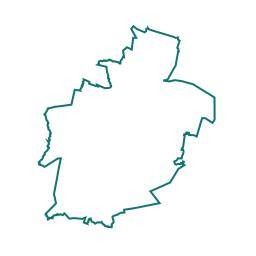 San Juan del Río, Durango, Mexico, rotated 188°
{"feature_id": "50627088B83051794831634", "entity_name": "San Juan del Río", "entity_type": "district", "adm_level": 2, "iso_a3": "MEX", "parent_name": "Mexico", "parent_adm1": "Durango", "projection": "robinson", "projection_center": [-104.386, 24.795], "detail": "fine", "context": "isolated", "style": "outline", "palette": "teal", "viewbox_px": 256, "rotation_deg": 188, "n_neighbors": 0, "source": "geoboundaries", "source_scale": "gbopen_adm2", "svg_char_len": 5705}
<svg xmlns="http://www.w3.org/2000/svg" viewBox="0 0 256 256"><g transform="rotate(188 128 128)"><path d="M95.1,224.5L119.9,228.3L121.2,228.8L122.3,229.9L122.3,229.1L123.6,228.8L123.6,226.3L124.9,225.1L133.0,227.3L136.8,229.6L137.9,227.7L138.5,226.4L132.4,218.5L135.4,218.0L135.2,206.2L140.2,207.8L143.7,204.0L141.8,197.7L142.7,198.0L143.5,195.3L144.5,193.9L144.7,191.5L144.8,191.3L144.5,191.0L144.5,190.8L145.3,190.7L146.0,191.2L146.4,191.7L146.7,191.5L147.2,191.5L147.5,191.8L148.3,191.8L149.1,192.2L149.7,191.9L149.9,192.0L150.4,192.1L150.9,191.9L151.2,192.1L151.9,191.8L152.3,191.8L152.6,191.9L153.0,192.3L153.5,192.2L153.8,192.6L155.0,192.7L155.3,193.1L155.7,193.1L156.1,192.9L156.5,192.9L156.7,192.4L157.1,192.0L157.7,192.0L158.1,191.7L158.5,191.8L158.8,191.6L159.3,191.6L159.5,191.2L160.2,191.5L160.5,191.3L161.1,191.6L161.5,191.6L161.9,191.0L162.5,190.6L163.0,190.7L163.5,190.5L164.2,190.8L164.5,190.8L165.2,190.2L165.5,190.1L165.9,189.9L166.1,189.6L166.1,188.7L165.9,188.2L165.7,187.3L166.0,187.0L166.6,186.6L166.9,186.7L167.1,186.5L157.9,185.6L156.4,180.2L155.7,179.0L155.6,178.4L154.6,176.5L154.8,175.8L154.8,174.9L154.6,174.3L154.4,174.1L153.5,174.1L153.3,173.4L153.5,172.8L153.6,172.0L153.3,171.8L152.5,170.8L152.0,169.8L151.7,169.8L151.5,169.5L151.5,169.1L151.2,168.3L150.6,167.3L150.5,167.0L150.7,166.9L150.6,166.6L151.1,165.7L152.6,165.0L156.4,164.2L164.5,166.5L163.6,165.0L166.7,165.3L172.6,166.4L172.7,168.3L178.6,170.0L178.4,169.3L178.6,168.0L179.2,167.6L178.4,166.4L178.4,166.0L178.6,165.8L179.0,165.8L179.1,165.7L179.1,165.2L178.8,164.9L179.3,164.4L179.3,164.2L179.2,164.0L178.8,163.8L178.8,163.7L179.6,163.4L179.8,163.3L179.8,163.0L179.3,162.4L179.3,162.2L179.9,161.3L180.0,160.5L180.3,159.9L180.6,159.7L181.0,159.0L181.1,158.7L180.8,158.4L186.1,158.4L187.3,143.2L200.6,139.5L203.2,138.9L204.9,138.1L210.1,136.2L209.9,135.5L210.0,135.3L210.1,135.2L210.3,134.8L210.3,134.6L210.4,134.2L210.7,133.6L211.2,132.9L211.2,132.4L211.5,131.8L212.0,131.0L212.0,130.7L212.3,130.4L212.6,129.8L212.0,129.8L211.6,129.4L211.4,128.6L211.1,128.4L211.0,127.9L210.8,126.9L210.5,126.2L210.1,125.5L209.8,124.5L208.8,123.8L208.6,123.6L208.7,123.4L208.6,123.2L208.1,122.4L207.7,122.1L207.9,121.8L207.8,121.6L207.9,121.4L207.7,121.1L207.9,120.7L207.9,120.2L208.1,119.7L207.9,119.1L207.7,118.6L207.5,118.2L207.0,118.0L206.9,117.7L207.0,117.1L206.8,116.9L206.9,116.6L206.7,115.8L205.5,114.9L205.2,114.5L204.8,114.1L204.6,113.7L204.5,113.1L204.4,112.8L203.9,112.6L203.9,112.2L203.7,111.7L204.3,111.1L204.4,110.2L204.2,109.8L203.7,109.2L204.5,108.1L204.8,106.8L204.2,106.2L204.3,106.0L204.4,105.4L203.9,105.3L203.8,104.7L204.7,104.3L204.5,103.5L205.5,103.9L204.2,102.2L204.4,101.6L204.1,100.9L204.6,100.0L205.1,99.4L205.0,99.2L205.2,98.9L205.1,98.6L204.7,97.9L203.6,97.8L203.5,97.7L203.6,96.7L204.5,95.5L204.5,95.3L204.6,94.8L205.3,93.8L206.5,92.5L207.1,91.5L207.1,91.0L206.8,90.7L206.7,90.4L206.8,90.0L207.2,90.0L207.5,89.1L208.2,88.1L207.9,87.9L207.9,87.4L208.1,86.7L208.5,86.2L208.5,85.6L208.7,84.9L209.5,84.5L209.9,83.9L210.4,83.2L210.5,82.9L211.6,81.9L211.6,81.7L211.5,80.9L211.3,80.8L210.7,81.0L210.3,80.3L210.9,79.5L210.7,79.2L209.9,79.5L209.6,79.3L207.3,78.9L206.0,78.2L205.2,77.9L193.3,88.0L190.3,88.6L191.0,77.5L191.5,64.0L192.1,52.3L188.8,43.4L197.7,31.3L197.5,30.8L196.9,30.6L197.0,30.3L196.3,29.2L196.2,29.2L195.9,29.5L194.7,28.1L194.6,27.8L194.7,27.6L194.5,27.2L194.8,26.2L194.7,26.1L194.0,26.5L193.8,26.6L193.6,27.2L193.6,27.4L193.4,27.6L193.2,27.7L193.1,28.1L192.5,28.0L191.6,28.1L190.9,27.9L190.3,28.0L190.3,28.4L190.1,28.6L190.2,28.9L190.6,28.9L190.8,29.2L190.7,29.5L190.4,29.7L189.8,29.8L189.5,30.7L189.0,31.3L188.6,31.3L188.0,31.5L187.5,31.5L187.2,31.6L186.4,31.9L186.6,32.2L186.4,32.3L186.4,32.5L185.8,33.0L184.8,32.5L184.2,32.5L183.8,32.6L183.3,33.1L182.8,32.9L181.8,33.0L180.4,32.6L179.2,34.6L173.4,30.1L169.1,31.2L160.5,31.7L157.8,33.3L158.6,28.3L155.2,27.5L155.5,27.9L155.3,28.0L155.0,28.2L154.9,28.5L154.7,28.8L154.2,29.1L154.4,29.5L154.3,29.8L154.4,30.0L154.4,30.5L154.1,30.6L153.9,31.1L154.2,31.5L154.1,32.2L153.8,32.3L153.5,32.7L153.1,32.9L152.8,32.8L152.4,33.0L152.4,32.6L152.2,32.3L151.6,31.9L151.5,31.3L151.2,30.6L150.8,30.5L150.5,30.1L150.1,29.8L149.5,29.9L149.0,29.8L148.1,29.2L147.7,29.0L147.4,28.7L146.9,28.8L146.8,29.0L145.9,29.8L145.3,30.2L144.8,30.4L144.3,30.2L143.0,30.7L142.5,30.5L142.1,30.6L141.9,30.5L141.3,30.6L140.9,30.7L140.6,30.7L140.6,30.8L140.3,30.5L140.2,30.3L139.9,30.0L139.9,29.7L139.7,29.6L139.4,29.5L139.1,29.2L138.9,29.2L138.6,29.0L138.4,29.0L138.1,28.9L138.0,28.5L137.6,28.0L137.3,28.0L137.0,27.8L136.7,27.9L136.1,27.5L135.5,27.7L135.3,27.5L135.1,27.5L134.7,27.3L134.6,27.5L134.4,27.5L134.1,27.8L133.8,27.6L133.6,27.7L133.4,27.6L133.3,27.4L133.0,27.2L132.2,27.2L131.8,27.4L131.3,27.3L131.1,27.7L130.8,27.5L130.7,27.6L130.2,27.9L130.7,30.5L129.4,32.0L129.2,33.3L131.0,37.6L130.6,38.6L126.1,40.9L125.2,41.8L122.9,43.2L119.7,43.8L120.5,46.5L110.5,49.5L86.3,58.0L97.0,68.4L78.7,79.9L72.4,94.5L67.0,99.0L68.4,99.5L68.2,101.7L68.0,101.9L67.9,102.2L68.4,102.4L68.7,101.6L69.0,102.0L69.2,101.3L69.6,100.9L70.5,100.8L70.5,100.1L70.7,99.5L73.9,99.2L75.3,98.4L76.3,99.0L76.9,99.7L77.5,101.3L75.4,102.6L74.2,105.0L73.3,104.8L71.8,105.5L70.7,105.2L70.4,108.5L70.0,109.3L69.8,110.1L69.7,112.5L70.4,114.2L71.9,113.8L71.9,115.2L70.8,116.6L70.8,129.0L71.5,128.9L71.5,129.5L70.2,129.7L69.1,130.1L69.9,130.7L69.6,131.6L68.2,131.5L67.9,131.8L67.0,131.8L66.5,129.5L61.8,130.1L58.8,129.1L56.0,148.1L52.7,148.4L45.0,144.8L43.4,148.4L46.6,170.3L69.7,180.4L81.5,181.9L88.3,181.9L93.8,179.8L99.7,179.9L95.6,181.3L89.5,196.7L89.0,211.1L88.5,211.0L89.3,213.6L90.4,214.2L89.0,221.7L90.8,222.5L90.9,224.5L93.7,223.9L95.1,224.5Z" fill="none" stroke="#0f766e" stroke-width="2"/></g></svg>